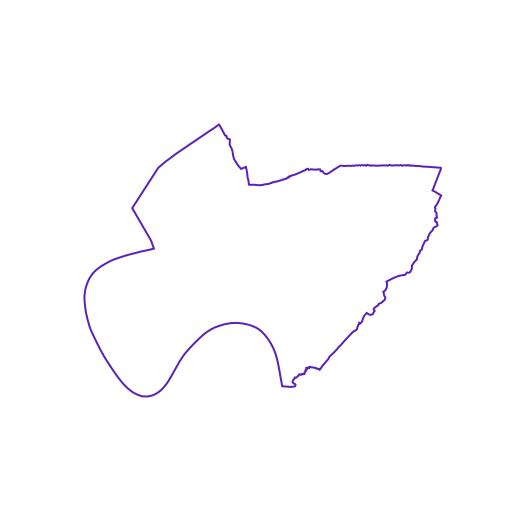 Phra Pradaeng, Samut Prakan, Thailand (Mercator projection), rotated 218°
{"feature_id": "78962969B48513607541542", "entity_name": "Phra Pradaeng", "entity_type": "district", "adm_level": 2, "iso_a3": "THA", "parent_name": "Thailand", "parent_adm1": "Samut Prakan", "projection": "mercator", "projection_center": [100.538, 13.653], "detail": "fine", "context": "isolated", "style": "outline", "palette": "violet", "viewbox_px": 512, "rotation_deg": 218, "n_neighbors": 0, "source": "geoboundaries", "source_scale": "gbopen_adm2", "svg_char_len": 6139}
<svg xmlns="http://www.w3.org/2000/svg" viewBox="0 0 512 512"><g transform="rotate(218 256 256)"><path d="M371.9,151.9L372.9,148.3L373.5,145.5L373.8,142.5L373.8,139.9L373.5,136.1L373.0,133.4L371.8,129.3L370.8,126.6L369.6,124.0L367.5,120.3L365.9,118.0L364.1,115.8L360.4,111.8L355.8,107.3L349.8,102.4L344.1,98.2L341.6,96.6L339.1,95.2L335.2,93.2L327.4,89.4L320.8,86.3L314.2,83.5L308.6,81.4L297.3,77.6L291.6,75.9L287.4,74.8L283.2,73.8L278.9,73.1L274.5,72.7L270.1,72.7L267.1,73.1L264.1,73.7L259.5,75.2L254.9,78.6L253.2,80.5L252.4,81.5L251.1,83.7L250.4,85.0L249.3,87.8L248.5,90.7L248.0,93.7L247.8,96.5L247.8,100.6L248.0,103.3L248.7,108.8L251.3,126.0L251.8,132.0L251.9,135.0L251.6,141.2L251.1,147.2L250.2,154.5L249.3,160.2L248.7,163.0L247.9,165.9L246.4,170.1L244.6,174.1L242.3,177.8L239.0,182.6L234.6,187.5L229.8,191.6L226.1,193.9L223.7,195.3L221.4,196.4L217.9,197.9L215.0,198.8L212.1,199.5L210.7,199.8L207.9,200.0L205.2,199.9L201.3,199.4L196.2,198.2L193.6,197.4L190.9,196.4L188.1,195.2L185.4,193.9L181.9,191.9L179.7,190.4L176.3,188.0L170.6,183.3L167.3,180.4L161.8,175.4L155.1,169.5L147.8,174.4L145.2,177.0L145.1,177.6L145.4,178.7L145.7,179.0L146.3,179.1L148.5,178.8L149.4,179.0L149.8,179.3L150.4,181.5L150.1,183.1L150.2,183.4L150.5,183.7L150.5,184.2L150.3,184.5L149.4,185.1L149.2,185.4L149.2,186.8L148.9,187.7L149.1,189.1L149.0,189.4L148.7,189.7L147.6,189.9L147.4,190.0L147.2,190.5L147.3,191.1L147.1,191.4L146.9,191.7L146.3,191.8L145.9,192.0L145.4,192.5L145.2,193.0L145.3,193.3L146.2,194.2L145.8,195.8L146.6,196.2L146.7,196.4L146.2,197.3L146.1,197.8L146.2,198.0L147.0,198.2L147.2,198.3L147.5,198.7L147.3,199.1L147.1,199.4L146.4,199.6L146.3,199.8L146.2,200.2L146.1,200.4L145.7,200.4L145.4,200.1L145.1,200.2L145.1,200.5L145.5,201.5L145.4,201.9L145.1,202.1L143.9,202.3L143.2,202.9L142.0,203.4L141.5,203.8L140.9,204.0L140.0,204.6L138.9,204.4L138.2,205.0L137.0,205.8L136.5,205.8L136.1,205.4L135.8,205.6L135.9,206.5L135.8,208.5L136.0,210.3L135.6,219.3L135.8,220.5L136.1,221.7L136.1,222.5L135.7,224.5L135.2,227.8L134.8,232.2L134.7,236.3L134.4,236.9L134.0,244.4L133.0,255.0L132.5,257.1L131.6,259.0L131.3,260.0L133.0,264.6L132.8,265.8L133.5,266.6L133.6,267.0L132.2,267.3L132.1,268.7L132.2,269.6L132.9,272.1L133.6,274.0L133.8,275.9L133.7,279.3L131.9,279.4L129.9,279.8L128.4,281.6L128.2,282.6L128.6,283.8L128.7,285.8L128.9,286.0L130.4,286.2L130.8,287.3L130.1,290.6L129.9,291.1L129.5,291.8L129.5,292.7L129.8,293.2L129.8,293.5L129.2,294.9L128.4,296.5L128.1,297.6L128.0,299.0L127.7,300.0L127.6,300.8L128.4,302.8L128.8,303.1L130.6,303.8L131.4,304.3L132.6,305.5L133.7,306.3L133.2,307.4L133.0,308.2L133.1,309.8L133.4,311.2L134.3,312.8L135.7,314.9L136.3,315.4L137.3,315.9L137.4,316.2L136.2,318.7L134.3,323.0L131.6,327.7L130.1,329.6L126.9,332.9L126.9,335.9L126.7,336.1L125.7,336.6L125.2,337.0L124.8,337.7L124.7,338.4L125.1,341.0L125.3,341.7L125.6,342.3L127.0,344.1L127.2,344.5L127.5,348.1L127.4,350.9L127.0,352.1L127.4,352.9L128.3,354.4L128.5,355.1L128.9,357.0L129.0,359.0L129.8,360.8L129.8,361.5L129.3,363.0L130.5,365.6L130.8,366.6L131.2,367.8L131.5,369.6L132.0,371.5L132.0,372.2L130.9,373.7L130.8,374.5L131.1,375.3L132.2,376.8L132.3,378.3L132.9,380.0L133.0,382.1L132.7,385.0L132.8,385.6L133.3,387.0L133.4,387.6L133.0,388.8L131.9,390.9L131.8,391.4L131.8,391.9L132.2,392.3L133.0,392.7L133.5,393.4L134.1,393.8L134.7,394.0L135.9,393.5L136.1,393.6L138.0,395.9L138.0,396.1L137.0,397.6L137.0,397.9L138.6,398.9L139.6,400.4L140.0,400.8L140.9,401.2L142.4,401.4L143.8,403.8L144.0,404.0L144.8,404.3L145.0,404.5L145.1,404.8L145.2,407.6L145.5,410.0L147.1,416.3L147.3,417.7L153.0,417.0L154.4,416.9L157.2,416.3L157.9,418.8L158.3,419.8L163.9,438.5L164.6,439.3L164.8,439.3L166.3,438.2L169.1,436.4L171.2,434.9L174.8,432.6L179.6,429.2L180.4,428.7L181.4,428.3L182.8,427.2L187.0,424.4L188.6,423.3L189.5,422.9L190.2,422.0L190.5,421.8L191.2,421.8L191.5,421.7L191.8,421.4L191.9,421.0L192.1,420.8L192.4,420.6L192.8,420.6L193.0,420.5L193.9,419.4L194.6,419.0L195.1,418.5L196.0,418.0L196.3,417.5L196.5,417.0L196.7,416.9L197.4,417.0L197.7,416.9L198.8,415.7L199.6,415.2L200.1,414.5L200.8,414.3L201.3,413.8L202.1,413.3L202.5,412.8L203.8,411.8L204.6,410.9L205.2,410.7L206.0,410.3L207.0,409.9L207.2,409.6L207.4,408.7L207.6,408.4L208.8,408.0L209.2,407.3L209.5,407.0L210.8,406.4L211.3,405.8L212.3,405.1L216.1,401.7L220.2,398.9L220.9,398.0L221.8,397.8L222.6,397.1L223.2,396.7L224.4,396.4L224.5,396.2L224.6,395.3L224.7,395.0L225.8,394.9L226.7,393.9L228.8,392.6L228.9,392.4L229.2,391.6L230.2,391.3L230.5,391.1L230.8,390.9L231.3,390.2L233.4,388.6L234.0,387.7L235.8,386.4L236.8,385.3L239.1,383.8L241.3,381.6L244.2,379.9L245.2,378.9L247.8,371.9L249.7,366.1L250.1,365.2L250.4,364.7L251.5,363.6L252.2,363.3L252.7,363.2L253.9,363.2L255.6,363.7L256.0,363.8L256.2,363.7L256.8,362.8L257.3,362.6L257.5,362.7L258.6,363.6L258.8,363.7L260.6,362.4L261.1,361.7L262.1,360.8L263.4,359.9L266.4,357.9L266.9,356.8L267.3,356.5L267.9,356.3L268.7,356.7L269.0,356.6L269.8,355.3L269.9,354.4L270.7,352.6L271.4,352.1L271.7,351.0L272.5,349.2L273.0,348.4L273.6,347.7L274.1,346.4L274.8,345.1L275.6,344.0L276.3,342.8L277.1,342.0L277.3,341.4L277.8,340.7L277.9,339.9L278.0,339.8L278.6,339.6L278.6,338.9L279.2,338.5L279.2,338.1L278.9,337.7L278.8,337.4L279.6,336.5L279.7,335.6L280.2,335.3L280.5,334.3L281.1,333.9L281.6,332.9L282.1,332.5L283.3,330.4L284.2,329.4L284.8,328.3L287.2,325.6L287.3,325.2L288.4,324.2L288.6,323.8L288.6,323.2L289.2,322.6L290.9,320.0L293.7,317.4L293.9,316.7L296.9,313.8L299.0,312.5L300.2,311.8L302.5,310.1L304.4,308.5L305.1,308.1L305.6,307.9L307.8,310.3L311.2,312.9L313.1,315.0L314.2,316.1L318.8,320.0L321.3,315.5L325.5,316.2L332.1,318.5L332.9,318.8L335.9,321.1L337.0,322.2L339.2,324.2L341.0,325.4L342.2,326.1L343.8,326.7L345.3,327.5L345.8,328.1L346.9,329.9L348.1,331.5L348.5,331.7L348.9,331.7L350.0,331.2L350.8,331.1L351.8,331.3L352.1,331.5L352.7,332.1L353.2,332.4L353.8,332.4L354.3,332.0L354.8,332.0L361.0,334.9L366.1,336.8L368.2,329.8L369.5,326.2L382.0,287.1L385.5,274.2L387.3,265.5L387.3,264.8L383.0,217.5L349.8,204.2L347.3,203.0L341.0,199.0L343.4,195.8L349.2,188.9L356.6,179.3L359.3,175.6L364.4,168.0L366.8,164.1L368.0,161.6L370.3,156.3L371.9,151.9Z" fill="none" stroke="#5b21b6" stroke-width="2"/></g></svg>